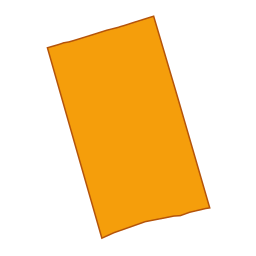 Okaloosa, Florida, United States of America (Mercator projection), rotated 343°
{"feature_id": "52423323B76793643920341", "entity_name": "Okaloosa", "entity_type": "district", "adm_level": 2, "iso_a3": "USA", "parent_name": "United States of America", "parent_adm1": "Florida", "projection": "mercator", "projection_center": [-86.589, 30.688], "detail": "fine", "context": "isolated", "style": "filled", "palette": "amber", "viewbox_px": 256, "rotation_deg": 343, "n_neighbors": 0, "source": "geoboundaries", "source_scale": "gbopen_adm2", "svg_char_len": 512}
<svg xmlns="http://www.w3.org/2000/svg" viewBox="0 0 256 256"><g transform="rotate(343 128 128)"><path d="M74.4,27.7L72.5,129.0L70.8,225.7L80.1,224.5L84.1,224.0L117.0,222.6L146.0,225.6L152.4,227.1L162.3,226.6L178.7,227.7L182.8,228.3L184.4,114.5L185.2,28.6L184.3,28.6L180.6,28.6L166.7,28.7L165.7,28.7L154.1,28.9L150.5,28.8L148.5,28.9L136.4,28.3L135.3,28.3L108.2,28.5L104.3,28.5L101.6,28.5L96.6,28.4L91.2,27.7L90.7,27.7L90.4,27.8L85.7,27.9L74.4,27.7Z" fill="#f59e0b" stroke="#b45309" stroke-width="1.5"/></g></svg>